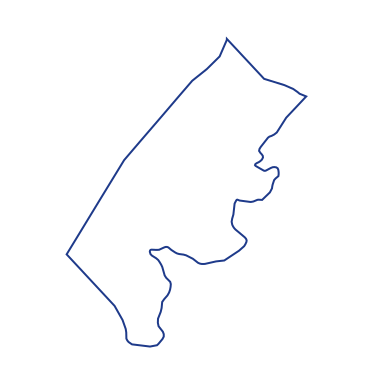 the border of Nkhotakota, rotated 227°
{"feature_id": "MWI-1902", "entity_name": "Nkhotakota", "entity_type": "District", "adm_level": 1, "iso_a3": "MWI", "parent_name": "Malawi", "parent_adm1": "", "projection": "albers", "projection_center": [34.033, -12.814], "detail": "fine", "context": "isolated", "style": "outline", "palette": "blue", "viewbox_px": 384, "rotation_deg": 227, "n_neighbors": 0, "source": "natural_earth", "source_scale": "10m", "svg_char_len": 1892}
<svg xmlns="http://www.w3.org/2000/svg" viewBox="0 0 384 384"><g transform="rotate(227 192 192)"><path d="M231.9,57.8L237.2,76.8L249.8,121.7L261.6,164.1L264.4,188.8L267.8,219.7L270.8,246.1L273.2,268.0L271.8,286.7L272.3,304.7L279.3,320.8L279.5,321.2L280.2,321.9L225.6,321.9L207.1,332.5L198.3,336.3L193.0,337.4L190.5,337.7L184.0,340.7L182.1,311.6L177.7,294.6L178.0,291.3L178.8,288.4L179.7,286.4L179.9,284.6L178.1,273.1L177.5,270.8L176.3,269.1L173.9,268.7L171.9,268.7L170.1,268.4L168.8,267.4L168.0,265.2L168.0,263.1L168.3,261.1L168.9,259.3L169.2,257.5L168.7,256.4L167.7,256.3L158.6,259.1L157.8,259.7L157.3,260.5L155.8,266.1L155.1,267.9L154.1,269.2L152.6,270.4L150.9,270.8L149.3,270.2L147.3,268.8L145.9,267.5L144.7,266.0L144.9,262.3L144.7,260.2L142.4,256.0L141.2,254.3L140.1,253.0L138.6,248.7L138.4,237.9L141.1,235.3L141.7,234.4L143.2,230.4L144.2,228.8L144.8,228.0L153.3,221.0L155.4,220.0L155.8,219.3L155.5,218.1L154.5,215.3L147.3,206.9L145.1,203.2L143.2,200.7L140.6,199.1L138.6,198.5L136.7,198.2L134.9,198.2L122.8,199.7L120.9,199.6L119.4,199.0L118.4,197.8L117.4,195.4L116.8,193.2L117.0,186.3L119.9,168.9L124.8,162.3L130.6,152.4L131.8,151.0L133.0,149.8L134.5,148.8L136.2,148.1L142.6,147.1L149.7,144.5L152.0,143.1L155.4,140.3L157.2,139.2L159.1,138.5L163.6,137.4L167.6,136.9L168.8,136.3L169.9,135.1L170.6,133.4L172.2,128.5L174.0,126.4L177.3,123.2L177.6,122.8L177.9,122.2L177.8,121.4L177.1,120.4L174.9,119.3L172.9,119.3L168.0,120.6L165.3,120.9L162.7,120.5L159.9,119.9L157.4,119.1L149.6,115.1L146.8,114.6L141.2,114.8L139.1,113.7L137.2,111.6L135.5,109.3L134.1,106.7L133.1,103.5L132.6,98.6L131.9,95.2L127.9,90.7L125.7,87.4L122.5,80.7L119.6,77.8L116.6,76.0L109.7,75.4L107.3,74.4L105.5,72.7L104.6,70.1L103.8,63.8L103.8,61.9L107.6,55.9L121.5,44.2L125.5,43.3L127.4,43.4L129.5,44.0L134.1,48.1L137.0,50.1L145.7,53.9L161.5,57.7L231.8,57.8L231.9,57.8Z" fill="none" stroke="#1e3a8a" stroke-width="2"/></g></svg>